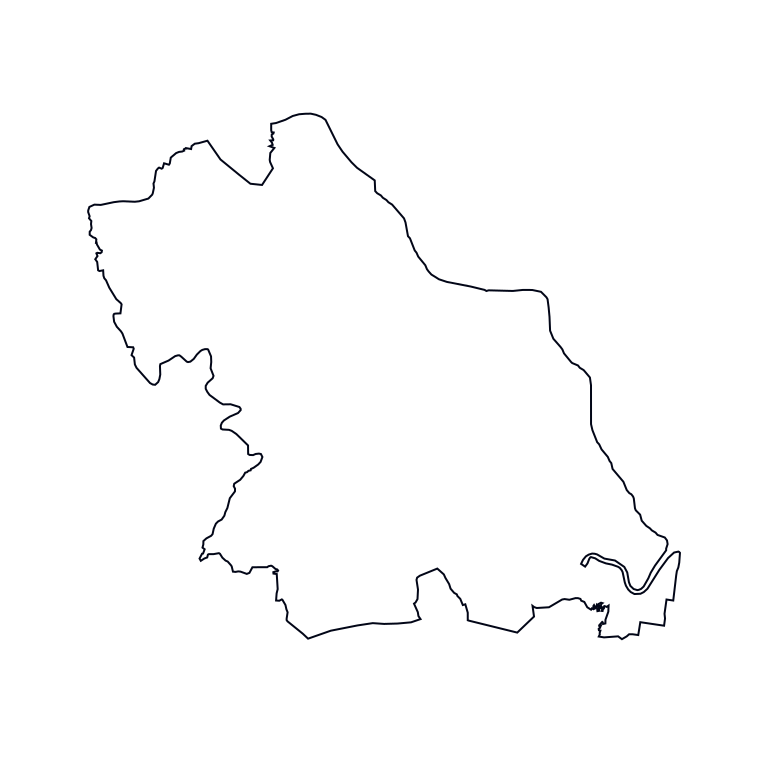 the district of Yangon (East), Yangon, Myanmar, rotated 276°
{"feature_id": "60261553B46723390806239", "entity_name": "Yangon (East)", "entity_type": "district", "adm_level": 2, "iso_a3": "MMR", "parent_name": "Myanmar", "parent_adm1": "Yangon", "projection": "orthographic", "projection_center": [96.224, 16.895], "detail": "fine", "context": "isolated", "style": "outline", "palette": "ink", "viewbox_px": 768, "rotation_deg": 276, "n_neighbors": 0, "source": "geoboundaries", "source_scale": "gbopen_adm2", "svg_char_len": 6131}
<svg xmlns="http://www.w3.org/2000/svg" viewBox="0 0 768 768"><g transform="rotate(276 384 384)"><path d="M631.0,244.6L624.5,245.3L622.7,246.0L622.6,248.0L621.5,247.8L620.4,246.3L618.4,246.4L615.7,248.3L614.8,248.3L614.3,245.4L612.4,247.3L610.2,248.3L608.5,245.3L607.3,250.3L601.9,246.8L595.0,246.9L592.9,247.5L586.9,251.0L569.2,241.9L569.2,230.2L576.6,218.6L590.2,197.9L607.5,183.0L604.1,174.4L603.2,170.7L600.5,167.8L597.5,167.6L597.9,162.7L597.5,162.8L597.0,160.9L596.4,160.4L595.2,160.9L594.1,159.0L593.4,155.9L591.9,153.1L586.9,148.3L580.9,147.9L579.6,147.2L580.5,142.2L575.7,141.3L574.9,140.4L575.7,137.7L574.7,136.6L572.1,135.0L561.5,134.5L559.3,133.8L555.1,134.7L549.5,134.1L548.1,133.7L543.8,130.3L540.1,121.3L539.2,117.1L538.5,105.6L537.9,101.8L536.6,96.3L532.5,83.6L532.1,77.2L529.3,72.5L525.7,71.7L524.1,71.8L520.1,73.7L518.0,73.3L515.5,75.9L512.4,75.9L508.6,76.9L506.4,76.5L504.7,75.4L501.6,75.7L499.4,79.5L499.0,81.5L497.8,82.8L494.4,82.8L494.6,83.4L492.8,83.9L488.0,87.4L487.2,89.5L485.5,89.4L484.4,88.2L484.5,85.1L483.9,84.3L481.3,85.7L477.9,83.8L475.4,86.0L467.2,87.8L466.6,89.2L467.7,92.8L462.3,93.7L459.9,94.8L458.1,96.7L451.1,100.7L440.4,108.9L436.9,113.8L435.8,114.7L426.7,114.5L426.0,109.8L425.6,108.4L424.9,107.9L423.3,107.8L417.7,109.1L413.0,112.3L408.9,116.9L406.8,118.6L394.0,125.0L394.3,130.7L392.9,131.4L386.3,129.9L384.2,132.7L377.4,134.2L374.2,136.2L360.5,151.2L359.3,154.0L359.3,156.5L362.3,159.2L365.4,160.1L370.0,160.5L378.5,159.3L380.4,159.5L384.8,167.3L389.9,173.4L391.0,176.2L391.1,177.6L390.0,179.5L385.6,185.5L385.3,186.8L386.0,189.1L389.1,192.2L393.7,194.8L397.6,198.0L398.9,199.7L400.0,202.4L400.2,205.0L399.7,205.6L393.4,209.1L387.8,209.9L381.5,209.9L374.3,213.6L371.8,213.0L366.9,208.5L363.5,206.9L360.6,207.2L357.7,209.1L354.9,211.6L348.4,222.6L346.9,226.1L347.8,233.6L346.0,242.6L344.4,244.0L343.1,244.2L339.9,241.9L335.4,234.0L331.0,228.6L328.5,226.8L325.6,226.0L322.6,226.5L321.9,228.1L322.2,234.6L321.5,237.4L318.8,242.4L308.7,255.2L300.2,256.2L299.4,257.7L299.6,261.2L301.0,263.7L301.7,266.9L301.5,268.9L298.7,270.7L293.6,269.4L290.8,267.3L287.1,263.1L285.6,260.6L284.2,260.4L283.5,258.3L282.0,257.0L281.3,255.2L277.9,253.8L273.7,251.0L269.2,245.5L266.7,245.2L264.3,246.8L261.6,247.0L254.3,242.6L244.3,241.2L240.0,239.6L236.3,239.0L232.2,236.7L229.9,233.3L227.5,231.4L222.3,229.8L216.8,229.2L215.0,228.0L211.9,223.5L208.9,220.8L205.6,221.1L202.3,220.6L200.9,222.9L196.5,221.8L196.2,220.8L191.1,218.8L189.0,220.3L191.7,223.6L193.0,226.3L195.9,226.7L196.5,227.6L197.0,232.3L198.5,237.5L198.0,238.6L194.4,241.4L191.8,244.9L191.1,247.1L187.8,250.7L186.7,251.6L181.6,253.4L181.6,256.0L182.4,258.6L182.4,260.9L180.8,267.4L182.1,269.9L188.0,272.3L189.6,287.0L190.7,288.2L191.5,290.7L191.1,292.0L188.7,295.4L188.4,297.2L187.4,298.2L186.5,297.7L186.3,295.8L185.3,293.6L183.9,293.9L183.8,297.2L168.9,299.7L164.6,299.1L157.4,299.3L157.5,302.5L159.1,304.9L158.8,305.5L153.9,309.1L149.7,310.5L146.9,312.0L140.7,311.7L139.1,311.8L137.9,312.8L127.2,329.3L122.8,335.1L133.1,356.9L141.1,382.8L145.0,397.8L145.4,409.2L147.2,422.6L149.8,435.8L154.0,444.9L156.8,442.5L160.6,441.5L168.7,436.8L170.0,438.2L173.6,439.8L183.1,439.3L192.6,436.8L194.9,437.2L197.1,439.7L206.0,456.3L200.9,463.4L197.5,465.4L191.8,469.7L187.4,471.6L183.6,475.6L182.4,478.4L180.8,479.2L178.3,482.3L172.4,485.5L173.4,487.9L165.3,491.2L157.8,492.0L157.5,493.3L150.7,542.5L168.4,557.5L178.9,554.9L177.8,556.7L177.2,559.3L179.2,571.4L188.3,583.7L189.0,586.1L188.8,590.9L191.1,596.9L191.3,599.3L190.8,601.8L189.1,602.8L188.2,606.0L183.2,609.5L181.2,613.5L182.6,614.2L181.9,615.8L182.5,616.8L184.1,615.5L185.2,615.5L186.1,616.0L184.7,617.0L184.8,617.6L183.7,618.0L184.5,618.7L186.5,618.8L185.6,619.8L185.7,620.3L186.4,620.9L187.6,620.3L189.2,622.7L188.9,624.1L188.2,623.3L186.6,622.9L184.6,620.9L183.8,621.1L183.0,619.4L180.4,620.0L180.9,621.6L183.6,621.5L183.6,622.4L185.2,623.6L184.8,624.3L183.7,624.1L182.6,624.6L181.1,624.1L181.1,625.1L182.5,625.2L183.9,626.2L185.9,626.1L186.2,626.6L185.6,628.8L187.1,630.5L181.0,630.9L172.7,628.9L169.0,629.2L168.3,627.1L169.9,626.4L170.2,625.9L166.6,623.3L166.2,623.7L166.5,625.0L165.7,624.7L165.3,623.7L164.2,624.4L162.9,623.1L161.5,623.5L161.4,625.0L158.8,624.5L157.6,624.8L155.3,624.0L155.0,629.3L157.5,643.2L155.1,647.3L158.4,651.8L160.7,653.9L161.1,657.2L160.9,663.1L173.9,663.8L172.9,687.8L180.2,688.0L184.8,687.0L199.2,687.5L198.9,694.3L224.2,694.6L228.5,694.8L232.3,695.9L237.3,696.3L247.0,696.0L247.8,695.1L248.1,694.3L246.7,690.1L240.6,684.7L228.0,677.3L207.9,667.4L204.2,664.1L202.2,661.0L201.3,655.0L202.9,651.1L205.1,648.4L208.7,645.7L211.9,644.2L221.8,641.0L223.6,639.9L225.8,637.7L226.7,635.8L228.2,629.6L228.8,623.4L230.6,616.4L232.7,612.3L233.5,607.9L232.9,607.1L231.5,606.4L226.8,605.1L223.4,603.1L225.7,598.8L229.9,600.3L233.7,602.8L235.7,605.4L237.1,608.7L237.2,611.3L236.8,613.7L233.4,621.4L232.6,632.2L227.2,642.1L222.0,645.6L212.5,648.3L209.0,650.1L206.2,653.7L205.5,657.4L205.9,658.9L207.1,661.1L209.7,663.4L218.4,667.2L224.2,669.0L231.7,672.5L248.1,682.0L249.7,681.8L254.4,682.8L258.0,681.8L260.7,679.3L262.5,671.8L264.6,669.6L266.4,665.7L268.3,663.5L270.3,659.7L275.0,654.6L280.8,652.4L284.7,647.6L286.6,646.6L296.3,644.4L298.1,643.5L300.2,641.5L301.1,639.4L303.9,636.5L311.8,632.3L323.4,620.2L329.1,618.3L331.0,616.4L334.9,614.2L341.7,607.2L346.5,604.3L348.4,602.1L359.9,596.1L365.7,594.1L404.4,590.0L412.0,588.1L418.7,581.1L420.6,577.0L422.7,575.0L424.5,569.0L425.4,567.8L433.3,559.8L437.0,557.8L439.1,555.9L446.7,547.7L454.4,543.6L468.0,541.6L477.5,539.7L485.4,537.8L487.2,536.5L492.1,530.5L493.0,521.6L492.1,512.4L490.0,502.4L488.1,478.3L487.2,476.1L488.1,474.2L490.0,460.1L492.1,435.9L493.9,427.7L495.8,423.9L497.8,419.7L500.6,416.6L502.7,414.7L506.4,412.7L514.3,404.7L518.0,402.6L520.0,400.6L531.6,394.6L533.5,392.4L546.9,388.5L550.8,386.6L563.3,373.3L565.2,369.4L567.2,367.2L569.1,363.4L571.2,361.2L573.0,357.3L574.9,355.1L585.5,353.5L596.2,334.6L601.1,328.5L610.7,318.5L617.5,312.8L640.6,298.2L643.0,294.0L644.6,288.2L645.2,282.9L644.5,277.3L643.4,271.4L641.0,265.2L636.5,258.4L632.2,249.2L631.0,244.6Z" fill="none" stroke="#020617" stroke-width="2"/></g></svg>